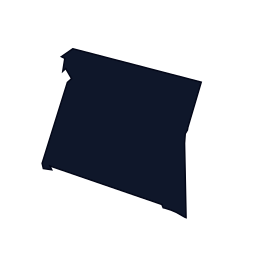 Pendleton, Kentucky, United States of America, rotated 115°
{"feature_id": "52423323B89577373709279", "entity_name": "Pendleton", "entity_type": "district", "adm_level": 2, "iso_a3": "USA", "parent_name": "United States of America", "parent_adm1": "Kentucky", "projection": "robinson", "projection_center": [-84.341, 38.702], "detail": "fine", "context": "isolated", "style": "filled", "palette": "ink", "viewbox_px": 256, "rotation_deg": 115, "n_neighbors": 0, "source": "geoboundaries", "source_scale": "gbopen_adm2", "svg_char_len": 441}
<svg xmlns="http://www.w3.org/2000/svg" viewBox="0 0 256 256"><g transform="rotate(115 128 128)"><path d="M55.5,81.0L79.5,211.5L91.5,218.5L91.6,214.7L104.1,211.1L100.4,209.6L107.1,200.0L112.3,202.2L196.3,190.9L200.5,187.6L198.1,179.5L195.4,182.8L183.0,65.0L185.4,62.4L185.0,60.7L184.2,54.4L184.0,48.7L184.8,38.6L184.7,37.5L117.9,70.3L109.0,73.7L104.7,73.3L102.2,74.0L55.5,81.0Z" fill="#0f172a" stroke="#020617" stroke-width="1.5"/></g></svg>